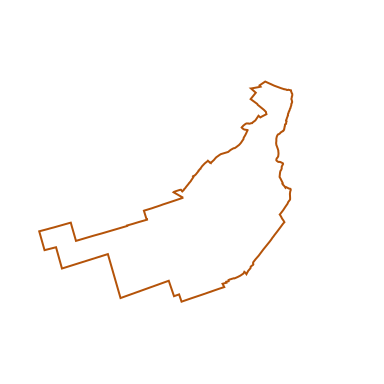 the district of Vacareni, Tulcea, Romania, rotated 219°
{"feature_id": "2599482B63018442913889", "entity_name": "Vacareni", "entity_type": "district", "adm_level": 2, "iso_a3": "ROU", "parent_name": "Romania", "parent_adm1": "Tulcea", "projection": "mercator", "projection_center": [28.218, 45.314], "detail": "fine", "context": "isolated", "style": "outline", "palette": "amber", "viewbox_px": 384, "rotation_deg": 219, "n_neighbors": 0, "source": "geoboundaries", "source_scale": "gbopen_adm2", "svg_char_len": 5877}
<svg xmlns="http://www.w3.org/2000/svg" viewBox="0 0 384 384"><g transform="rotate(219 192 192)"><path d="M180.8,64.6L154.2,108.4L140.4,99.7L137.6,104.3L131.1,100.2L126.0,108.4L121.1,116.1L118.7,119.9L112.7,129.6L109.9,134.1L107.1,138.4L110.5,139.9L108.7,142.4L108.1,143.2L108.9,143.8L107.4,145.7L108.2,146.6L107.8,147.3L107.6,147.8L107.4,148.1L106.8,148.9L106.6,149.3L106.1,150.0L105.6,150.7L105.4,151.1L105.2,151.2L104.9,151.5L104.6,151.6L103.0,154.7L101.8,157.4L100.7,161.1L101.1,162.9L100.9,162.9L99.7,162.9L98.0,162.4L98.7,166.1L98.6,169.6L99.4,171.0L99.1,172.3L98.7,173.9L98.9,174.5L99.8,175.1L100.2,176.0L100.3,179.6L100.1,184.5L100.2,186.8L100.4,192.1L100.4,194.2L100.4,195.9L100.4,197.4L100.4,198.8L100.4,200.2L100.4,201.2L100.4,202.4L100.5,205.1L100.7,207.0L100.7,208.8L100.8,210.1L100.9,215.0L101.1,220.5L101.3,224.7L101.2,226.7L103.3,227.5L105.2,228.0L107.0,228.8L109.1,229.6L109.6,229.7L109.7,235.2L110.1,239.1L110.4,243.1L110.9,244.6L110.9,245.1L111.0,246.9L111.0,247.3L111.0,247.7L111.2,248.1L111.9,249.0L113.6,250.9L114.7,252.1L115.8,253.9L116.0,254.2L116.2,254.9L116.5,255.6L116.7,255.9L117.5,256.4L118.8,255.7L122.0,255.0L122.0,254.1L124.4,254.8L125.7,254.9L127.0,255.3L127.0,256.0L131.6,258.1L133.4,258.8L135.6,262.2L136.1,263.1L136.5,264.0L136.6,265.3L136.8,265.9L136.9,266.3L137.1,266.7L137.4,267.1L137.7,267.4L137.9,267.7L138.2,268.1L138.3,268.4L138.4,268.8L138.6,269.9L138.8,270.8L138.8,271.0L139.0,271.2L139.2,271.4L139.5,271.5L140.0,271.4L141.3,271.1L141.9,271.0L142.4,270.8L142.7,270.7L142.9,270.5L143.3,270.1L143.6,269.9L143.9,269.7L145.0,269.6L145.4,269.6L145.9,269.6L146.3,269.7L146.5,269.8L146.6,270.0L146.8,270.2L147.0,270.6L147.2,271.1L147.3,271.5L147.3,272.2L147.2,272.7L147.3,273.0L147.4,273.7L147.6,274.3L147.8,274.5L148.3,275.3L148.6,275.8L149.2,276.6L149.8,277.2L150.6,278.0L150.9,278.4L151.0,278.5L151.9,279.1L152.3,279.4L154.9,281.0L155.8,281.5L156.1,281.7L156.5,282.1L156.8,282.4L157.0,282.6L157.4,282.9L157.7,283.4L158.3,284.3L158.5,284.7L158.8,285.0L159.2,285.5L160.0,286.5L160.9,288.3L161.2,289.2L161.4,290.5L161.3,291.2L160.9,291.6L160.7,292.2L160.5,293.2L160.6,293.7L160.6,294.2L160.3,294.6L160.2,294.8L159.9,296.4L159.8,296.5L159.6,296.6L159.5,297.0L159.7,297.6L159.7,297.8L159.6,298.0L159.6,298.4L159.7,298.6L160.1,299.0L160.2,299.3L160.4,299.9L160.5,300.1L160.7,300.3L160.9,300.5L161.0,300.7L161.0,301.0L161.1,301.3L161.3,301.5L161.5,302.0L162.0,302.6L162.1,302.8L162.1,303.0L162.2,303.4L161.9,303.9L161.8,304.2L161.9,304.3L162.4,305.1L162.6,305.4L162.8,305.6L162.9,305.8L162.9,306.1L162.9,306.3L163.0,306.5L163.3,306.6L163.8,306.6L164.0,306.8L164.1,307.0L164.1,307.5L164.2,307.9L164.4,308.3L164.6,308.7L165.1,310.2L165.2,310.6L165.3,311.0L165.6,311.4L165.6,311.7L165.6,312.0L166.2,312.6L166.3,312.7L166.4,312.8L166.5,313.0L166.6,313.5L166.7,314.1L166.8,314.3L167.1,314.7L167.2,315.0L167.2,315.7L167.3,315.9L167.5,316.2L167.6,316.4L167.6,316.9L167.7,317.2L168.1,318.0L168.2,318.3L168.3,318.8L168.3,319.2L168.5,319.5L169.1,320.9L169.3,321.6L169.5,322.0L169.7,322.3L170.1,322.7L170.2,322.9L170.2,323.3L170.4,323.5L170.4,323.8L170.5,324.1L170.5,324.3L170.6,324.6L170.8,324.9L171.0,325.2L171.1,325.3L171.4,325.4L171.6,325.6L171.8,325.8L172.1,326.1L172.6,326.4L173.1,326.6L173.3,326.8L173.4,327.0L173.7,327.6L173.9,328.2L174.1,328.5L174.3,328.7L174.4,328.9L174.6,329.4L174.6,329.7L174.7,329.9L175.0,330.3L175.6,331.1L175.8,331.3L176.0,331.4L176.2,331.5L176.3,331.5L176.5,331.5L176.9,331.8L177.3,332.0L177.6,332.2L178.6,332.7L178.7,332.8L178.9,333.2L179.2,333.3L179.3,333.2L179.5,333.0L179.8,332.9L180.4,332.6L181.5,332.1L181.6,331.8L182.0,331.4L182.2,331.2L182.4,331.0L182.8,331.0L183.2,330.9L183.7,330.6L184.3,330.4L184.5,330.3L184.7,330.1L184.9,329.9L185.2,329.9L185.4,329.7L186.1,329.5L187.9,328.8L194.9,326.4L204.6,323.9L206.6,317.4L205.0,317.0L206.6,315.0L210.8,310.1L211.3,309.6L204.9,309.3L204.9,301.1L200.9,301.3L198.8,301.4L196.7,301.5L195.8,301.1L187.9,301.1L185.0,300.8L184.9,300.7L184.2,300.1L183.1,299.3L184.3,296.7L185.2,294.6L185.8,293.0L188.3,293.1L187.8,287.5L188.7,283.9L188.6,283.4L189.4,282.6L190.1,281.5L190.8,280.9L191.2,280.8L192.1,280.1L192.5,279.9L193.2,278.8L193.9,275.8L193.9,274.5L194.0,274.2L194.0,273.4L192.6,273.2L191.4,273.3L190.6,273.5L187.8,275.1L187.7,275.0L187.8,274.6L187.5,274.3L187.3,273.3L187.0,272.4L186.5,270.2L186.3,269.2L186.2,268.4L186.0,266.8L185.2,265.2L185.2,264.2L185.0,262.1L184.9,260.8L185.0,258.4L185.9,254.6L186.4,253.0L187.1,252.3L187.3,252.0L188.4,249.2L188.7,247.9L189.1,245.9L190.6,243.7L193.4,239.6L193.9,238.2L194.4,236.3L194.7,235.3L195.0,234.2L195.1,232.4L195.1,230.7L195.5,228.0L195.5,227.8L195.6,226.9L195.5,226.4L196.0,226.4L196.6,226.4L196.6,226.1L199.3,226.3L199.3,226.0L199.5,224.9L199.9,223.2L200.1,222.0L200.3,219.6L200.4,218.0L200.3,217.2L200.2,216.0L200.2,215.7L200.0,215.3L200.3,214.7L200.3,214.3L200.2,214.0L200.4,212.9L200.4,212.7L200.1,212.5L200.1,211.7L200.1,210.4L200.1,209.7L200.1,208.7L200.1,207.7L200.2,207.4L200.3,206.6L200.6,205.9L200.7,205.6L201.1,205.2L201.1,204.9L200.4,204.9L200.3,204.4L200.0,201.5L200.0,200.9L199.8,199.9L199.8,198.5L199.8,197.6L199.9,197.1L199.9,196.9L199.8,196.4L199.8,195.1L199.8,194.2L199.8,193.1L199.8,192.1L199.7,190.8L199.8,189.6L199.9,189.3L199.7,188.7L199.7,188.1L199.8,187.4L199.9,186.3L200.2,186.3L200.9,186.6L201.6,186.8L202.0,186.8L202.2,186.6L202.6,186.1L202.9,185.8L205.1,182.4L206.1,180.7L206.2,180.2L204.8,180.4L202.5,180.8L198.0,181.5L195.4,182.0L195.2,182.2L195.9,181.0L200.2,174.2L204.1,168.1L206.9,163.8L208.0,161.9L210.4,158.1L211.2,156.9L212.8,154.3L216.4,149.0L217.1,148.0L217.6,147.2L211.5,143.1L210.0,142.2L209.8,142.5L209.5,142.2L214.7,134.8L218.0,129.9L221.4,125.1L221.0,124.8L236.0,103.1L240.8,96.4L251.4,81.0L264.0,89.8L266.9,91.9L267.3,91.4L277.1,77.5L279.9,73.7L280.5,72.8L286.0,65.3L270.0,54.0L262.9,63.5L244.9,50.7L218.3,90.8L180.8,64.6Z" fill="none" stroke="#b45309" stroke-width="2"/></g></svg>